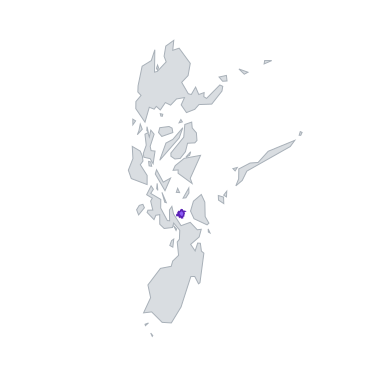 location of Marinduque, Marinduque, Philippines, rotated 198°
{"feature_id": "2640588B36383122170471", "entity_name": "Marinduque", "entity_type": "district", "adm_level": 2, "iso_a3": "PHL", "parent_name": "Philippines", "parent_adm1": "Marinduque", "projection": "natural_earth1", "projection_center": [122.005, 13.38], "detail": "fine", "context": "in_parent", "style": "filled", "palette": "violet", "viewbox_px": 384, "rotation_deg": 198, "n_neighbors": 0, "source": "geoboundaries", "source_scale": "gbopen_adm2", "svg_char_len": 6214}
<svg xmlns="http://www.w3.org/2000/svg" viewBox="0 0 384 384"><g transform="rotate(198 192 192)"><path d="M180.1,58.8L193.3,65.5L200.7,62.1L198.7,78.7L205.2,90.0L198.4,109.6L188.8,114.9L189.0,120.4L185.2,127.6L190.6,139.9L189.4,143.2L191.8,151.8L199.8,156.8L199.6,152.2L207.2,148.7L212.7,151.4L215.7,160.5L219.2,158.7L219.6,154.0L228.4,158.7L228.3,161.1L223.7,162.7L228.5,170.6L227.9,173.9L234.3,175.4L232.8,185.2L229.6,182.7L230.8,177.9L219.4,175.3L216.8,167.0L206.6,157.2L204.4,157.7L207.9,167.9L206.7,172.1L202.7,165.3L192.0,156.6L184.3,162.6L175.3,157.7L171.7,159.4L171.3,151.4L177.1,141.8L170.8,136.9L170.8,145.2L168.2,145.8L164.8,138.7L161.8,137.5L156.4,108.2L157.4,106.7L163.3,112.5L167.0,111.2L166.9,79.2L171.2,61.1L180.1,58.8ZM258.3,243.9L271.2,253.9L273.3,260.7L270.3,268.1L274.4,270.4L276.1,276.3L278.3,296.2L271.3,304.4L271.3,315.8L264.7,294.4L262.3,295.9L256.8,307.8L260.5,312.5L262.0,322.7L256.2,330.6L254.1,320.8L248.7,324.8L233.4,313.8L231.7,301.5L235.7,293.1L225.9,284.3L222.8,284.5L221.0,292.9L215.7,286.8L211.2,290.3L210.2,286.3L207.1,285.5L198.6,302.4L195.4,302.0L194.7,297.2L200.4,281.7L212.4,277.3L214.9,271.5L221.8,265.8L229.2,271.5L228.3,279.5L235.5,275.7L239.2,268.0L245.0,268.8L247.5,260.2L252.4,262.4L253.6,259.1L258.8,259.4L258.3,243.9ZM219.7,254.0L213.9,258.4L211.6,253.0L206.1,249.6L203.2,242.5L204.5,239.6L211.3,237.0L210.7,228.3L213.6,220.3L218.5,218.1L223.1,219.5L224.1,222.5L216.8,241.6L219.7,254.0ZM253.9,186.0L259.3,193.1L258.5,205.5L262.9,216.9L253.9,214.9L250.3,210.8L248.2,206.3L249.6,202.0L239.8,193.9L237.0,185.2L253.9,186.0ZM194.5,200.1L211.0,205.5L212.0,208.7L216.7,206.8L216.1,211.9L209.8,221.6L195.2,229.5L197.9,204.5L194.5,200.1ZM132.1,254.3L110.2,272.9L112.6,265.6L146.3,228.8L147.8,218.5L152.2,211.4L151.7,218.9L154.6,228.4L145.7,237.5L138.3,240.5L132.1,254.3ZM167.5,165.4L181.8,167.2L187.5,173.4L187.8,183.7L182.4,192.5L176.7,186.4L171.9,172.7L166.3,167.6L167.5,165.4ZM242.1,210.8L248.5,210.2L250.2,213.5L250.0,222.4L254.6,232.4L252.3,234.8L249.6,231.1L250.3,238.1L245.9,235.3L245.9,222.5L243.7,218.7L239.8,219.5L237.7,206.8L242.1,210.8ZM220.6,250.3L220.9,239.5L232.5,212.2L231.9,230.5L226.5,236.1L220.6,250.3ZM242.5,243.2L234.1,247.2L230.7,246.6L228.6,242.6L237.9,235.5L242.2,238.2L242.5,243.2ZM218.1,184.9L232.5,197.8L232.6,202.2L222.4,192.5L216.7,198.6L218.1,184.9ZM238.0,163.0L234.9,165.1L232.4,162.3L235.7,153.7L239.2,158.0L238.0,163.0ZM201.8,309.7L195.3,313.5L193.0,308.4L197.1,306.8L201.8,309.7ZM158.2,190.8L164.3,192.5L165.9,196.8L160.4,196.9L158.2,190.8ZM194.5,164.9L198.1,166.5L196.1,171.9L193.0,169.3L194.5,164.9ZM178.7,320.2L185.4,323.5L175.8,323.2L178.7,320.2ZM262.2,240.6L258.7,236.3L261.7,229.6L261.4,233.7L262.2,240.6ZM198.6,183.4L196.3,194.9L194.6,190.1L196.0,184.6L198.6,183.4ZM163.0,336.1L163.5,339.5L156.8,341.6L163.0,336.1ZM196.6,134.3L196.4,139.4L194.8,141.6L193.2,133.6L196.6,134.3ZM208.6,223.3L205.7,229.9L205.6,226.1L208.6,223.3ZM160.9,198.8L159.2,203.5L157.7,198.0L160.9,198.8ZM242.7,207.7L240.5,207.8L238.3,204.0L240.9,203.6L242.7,207.7ZM206.8,186.8L206.8,191.1L203.6,187.6L206.8,186.8ZM270.8,243.0L267.6,242.2L269.0,237.6L270.8,243.0ZM214.7,173.8L220.5,182.4L213.1,173.9L214.7,173.8ZM160.3,226.9L156.5,229.3L157.5,225.4L160.3,226.9ZM225.7,253.8L225.0,257.5L222.8,255.7L225.7,253.8ZM226.6,184.3L227.8,189.4L225.0,183.0L226.6,184.3ZM107.7,282.9L105.7,282.7L106.1,279.5L107.6,279.1L107.7,282.9ZM246.4,256.7L243.8,256.9L243.6,254.9L245.1,254.6L246.4,256.7ZM264.0,302.1L262.2,299.8L262.8,297.5L264.0,298.6L264.0,302.1ZM164.1,159.0L165.2,161.9L162.2,158.6L164.1,159.0ZM253.9,236.4L255.0,240.2L252.2,235.6L253.9,236.4ZM195.8,51.7L192.9,54.0L195.0,50.5L195.8,51.7ZM199.1,154.3L195.2,152.0L195.3,150.5L199.1,154.3ZM185.2,42.4L187.7,45.1L184.9,43.3L185.2,42.4Z" fill="#d9dde1" stroke="#a8b0b8" stroke-width="1"/><path d="M193.7,164.3L193.4,164.4L193.5,164.6L193.5,164.9L193.4,164.9L193.5,165.1L193.6,164.9L193.8,164.9L193.7,164.9L193.8,165.0L193.7,165.0L193.5,165.3L193.3,165.3L193.4,165.6L193.2,165.8L193.2,166.0L192.8,166.5L192.6,166.7L192.7,166.8L192.8,167.1L192.8,167.3L192.8,167.5L192.9,167.8L192.9,168.1L192.9,168.3L192.8,168.5L192.8,168.8L192.8,169.0L193.1,169.2L193.2,169.3L193.3,169.5L193.5,170.1L193.8,170.3L194.0,170.4L194.4,170.5L194.5,170.6L194.7,170.8L195.1,171.0L195.3,171.3L195.3,171.5L195.5,171.6L195.7,171.8L195.9,171.9L196.0,171.9L196.0,172.0L196.5,172.0L196.6,171.9L196.8,171.7L197.0,171.2L197.0,170.9L196.9,170.8L196.8,170.7L196.8,170.4L197.1,170.3L197.2,170.2L197.2,169.8L197.3,169.7L197.5,169.7L197.7,169.4L197.9,169.3L197.9,169.2L198.0,169.2L198.2,168.9L198.2,168.7L198.3,168.6L198.5,168.5L198.6,168.4L198.7,168.5L198.7,168.4L198.5,168.2L198.4,168.0L198.2,168.0L198.2,167.8L198.1,167.7L197.9,167.5L197.8,167.4L197.8,167.2L198.0,167.2L198.1,167.3L198.2,167.1L198.3,167.0L198.3,166.9L198.3,166.7L198.2,166.5L198.0,166.4L197.9,166.2L197.7,166.1L197.4,166.0L197.4,166.3L197.3,166.2L197.2,166.2L196.9,166.2L196.7,166.0L196.8,166.0L196.8,165.9L197.0,166.0L197.0,165.9L196.9,165.7L196.8,165.4L196.6,165.5L196.4,165.5L196.5,165.4L196.6,165.2L196.4,165.0L196.3,164.8L196.2,164.7L196.1,164.9L196.2,165.0L195.9,165.1L196.0,165.2L196.0,165.3L196.0,165.2L195.9,165.3L195.8,165.2L195.7,165.2L195.7,165.3L195.6,165.2L195.4,165.1L195.4,164.9L195.4,164.7L195.5,164.6L195.4,164.7L195.4,164.8L195.4,165.0L195.2,165.0L194.9,165.0L194.9,164.9L195.0,164.9L194.9,164.9L194.7,164.9L194.7,165.0L194.4,165.2L194.2,165.1L194.1,164.9L194.1,164.7L193.9,164.7L193.8,164.4L193.7,164.4L193.7,164.3ZM197.2,165.2L197.2,165.3L197.2,165.7L197.3,165.7L197.4,165.8L197.5,165.8L197.8,165.8L197.8,165.6L197.7,165.6L197.4,165.4L197.3,165.2L197.2,165.2ZM198.3,167.3L198.2,167.3L198.2,167.5L198.3,167.7L198.3,167.8L198.5,167.7L198.5,167.8L198.7,167.7L198.4,167.4L198.3,167.3ZM197.9,164.9L198.0,165.1L198.3,165.3L198.5,165.3L198.4,165.1L198.0,165.0L197.9,164.9ZM199.2,165.1L199.1,165.3L199.2,165.6L199.3,165.7L199.4,165.4L199.3,165.2L199.2,165.1ZM193.7,171.0L193.6,170.9L193.3,171.0L193.5,171.0L193.7,171.0ZM192.7,171.4L192.5,171.5L192.8,171.4L192.7,171.4ZM193.0,171.2L192.9,171.3L193.0,171.3L193.0,171.2ZM195.3,164.8L195.2,164.9L195.3,164.9L195.3,164.8ZM196.8,166.0L196.7,166.0L196.8,166.1L196.8,166.0Z" fill="#8b5cf6" stroke="#5b21b6" stroke-width="1.5"/></g></svg>